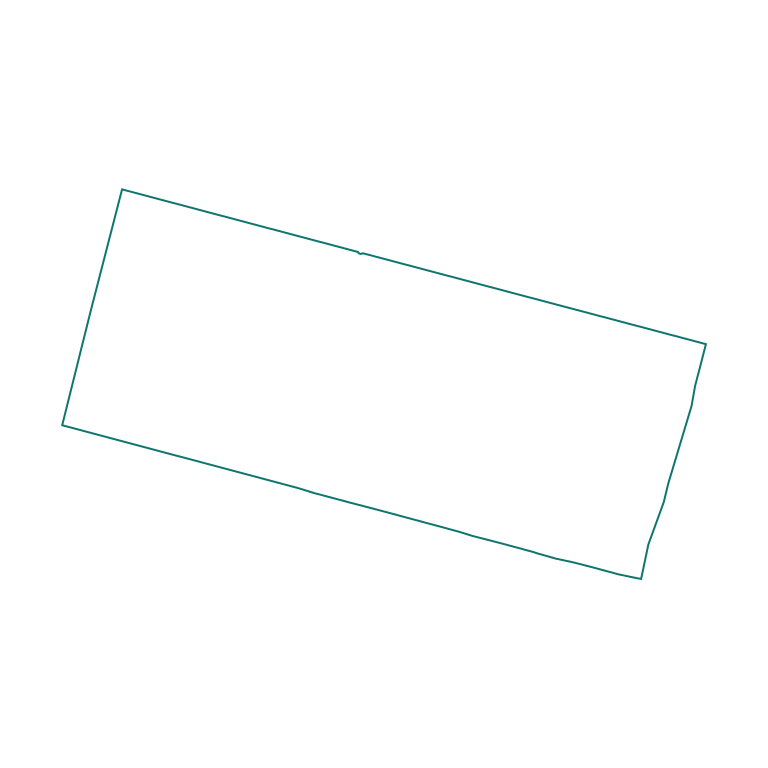 Vadastrita, Olt, Romania (Mercator projection), rotated 176°
{"feature_id": "2599482B28547583336437", "entity_name": "Vadastrita", "entity_type": "district", "adm_level": 2, "iso_a3": "ROU", "parent_name": "Romania", "parent_adm1": "Olt", "projection": "mercator", "projection_center": [24.238, 43.842], "detail": "fine", "context": "isolated", "style": "outline", "palette": "teal", "viewbox_px": 768, "rotation_deg": 176, "n_neighbors": 0, "source": "geoboundaries", "source_scale": "gbopen_adm2", "svg_char_len": 618}
<svg xmlns="http://www.w3.org/2000/svg" viewBox="0 0 768 768"><g transform="rotate(176 384 384)"><path d="M707.9,365.3L476.8,286.1L461.1,280.0L443.2,273.9L426.1,268.0L399.6,259.1L319.5,231.4L306.2,226.2L289.6,220.7L276.8,216.4L246.3,205.8L243.3,204.5L224.7,197.8L207.1,192.7L187.6,186.2L175.3,181.9L169.4,179.9L163.5,177.8L146.2,172.9L141.1,171.6L131.5,205.4L122.3,226.1L113.1,246.8L107.3,265.1L78.7,340.7L73.8,360.4L66.9,380.8L60.1,401.3L246.0,464.7L396.0,515.9L397.9,515.3L400.1,516.1L400.7,517.5L631.7,596.4L632.5,594.1L670.5,480.3L683.4,440.7L707.9,365.3Z" fill="none" stroke="#0f766e" stroke-width="2"/></g></svg>